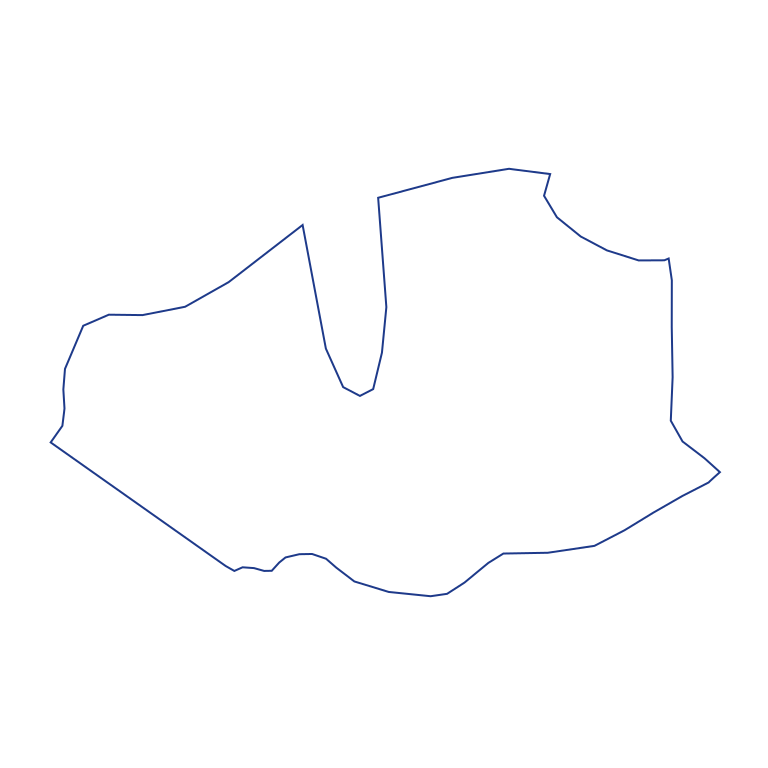 SVG path tracing the border of Struga, rotated 89°
{"feature_id": "MKD-4845", "entity_name": "Struga", "entity_type": "Statistical Region", "adm_level": 1, "iso_a3": "MKD", "parent_name": "North Macedonia", "parent_adm1": "", "projection": "natural_earth1", "projection_center": [20.642, 41.252], "detail": "fine", "context": "isolated", "style": "outline", "palette": "blue", "viewbox_px": 768, "rotation_deg": 89, "n_neighbors": 0, "source": "natural_earth", "source_scale": "10m", "svg_char_len": 980}
<svg xmlns="http://www.w3.org/2000/svg" viewBox="0 0 768 768"><g transform="rotate(89 384 384)"><path d="M198.6,220.7L220.3,208.2L240.0,184.7L254.3,158.8L264.9,127.2L265.2,101.5L263.5,97.2L285.3,94.4L331.9,95.3L382.2,95.3L425.7,97.9L446.7,86.5L463.8,64.9L473.5,54.5L478.0,49.7L483.1,55.6L487.0,60.0L488.1,61.1L501.2,87.7L517.3,116.9L534.4,146.0L549.5,176.4L555.6,223.2L555.6,248.6L555.6,267.6L564.7,282.8L574.8,295.5L583.9,306.9L594.9,324.6L597.0,341.1L592.0,382.9L580.9,417.1L566.8,434.9L557.7,445.0L552.7,458.9L552.7,471.6L555.7,485.5L560.7,491.9L568.8,499.5L568.8,507.1L565.8,517.2L564.8,528.6L568.3,536.9L563.2,545.5L436.6,718.3L420.2,706.3L406.8,704.4L402.9,703.9L383.9,704.7L363.3,702.7L351.4,697.4L320.5,683.7L309.9,657.9L310.9,624.3L303.3,581.5L279.4,537.5L223.6,462.6L347.6,441.5L386.4,424.9L395.5,408.3L388.9,394.9L352.6,385.5L307.2,380.3L197.7,386.6L179.1,312.2L171.0,255.2L171.6,251.4L177.0,214.2L198.6,220.7Z" fill="none" stroke="#1e3a8a" stroke-width="2"/></g></svg>